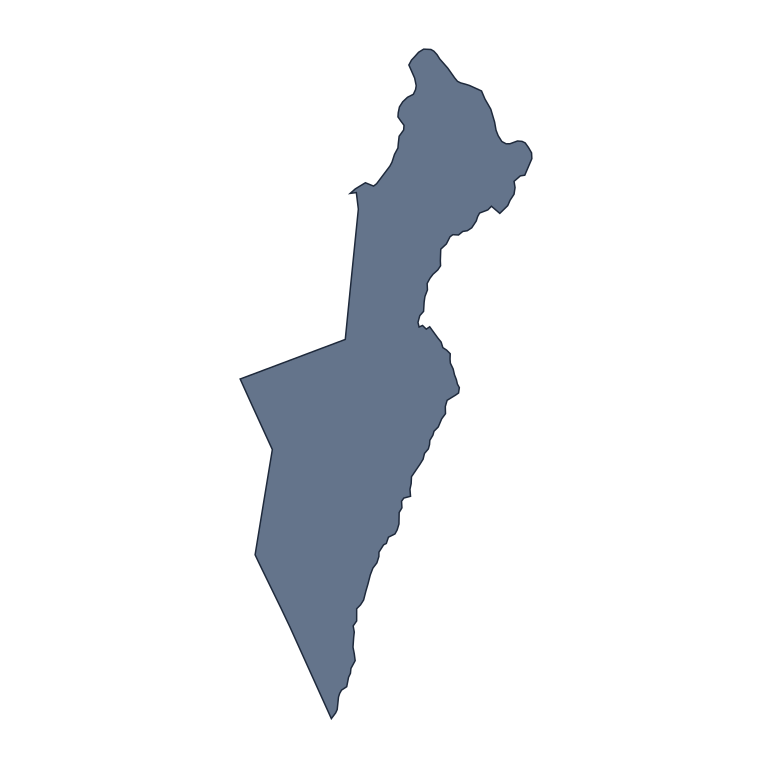 Iati, Pernambuco, Brazil, rotated 181°
{"feature_id": "56859067B84679855202351", "entity_name": "Iati", "entity_type": "district", "adm_level": 2, "iso_a3": "BRA", "parent_name": "Brazil", "parent_adm1": "Pernambuco", "projection": "equal_earth", "projection_center": [-36.941, -9.136], "detail": "fine", "context": "isolated", "style": "filled", "palette": "slate", "viewbox_px": 768, "rotation_deg": 181, "n_neighbors": 0, "source": "geoboundaries", "source_scale": "gbopen_adm2", "svg_char_len": 2285}
<svg xmlns="http://www.w3.org/2000/svg" viewBox="0 0 768 768"><g transform="rotate(181 384 384)"><path d="M240.5,617.7L243.7,623.0L247.0,627.5L250.2,629.0L254.8,629.3L262.3,626.4L266.1,626.3L270.4,628.5L274.2,634.3L276.4,639.7L278.0,647.9L282.0,660.6L288.1,670.8L291.6,678.7L303.8,684.0L307.5,685.1L312.6,686.4L315.8,687.9L318.7,691.3L325.8,701.0L333.9,709.9L336.7,714.2L339.9,717.6L342.9,719.3L350.2,719.5L355.2,716.3L358.6,712.3L362.2,708.3L364.7,703.4L358.7,690.4L357.0,682.8L357.6,678.9L359.7,674.2L365.5,671.1L370.2,666.5L373.4,661.3L374.5,655.5L374.7,651.3L371.6,647.0L368.5,643.0L368.8,638.3L373.2,632.0L373.9,624.7L374.2,620.2L377.5,613.8L379.9,605.9L381.9,602.0L394.9,584.1L397.9,581.7L406.1,584.9L411.2,581.7L416.2,578.5L421.1,574.0L415.0,574.9L412.7,558.4L419.2,480.6L423.5,427.9L460.8,413.1L487.2,402.6L527.9,386.5L515.5,360.3L511.8,352.6L494.5,316.5L502.8,259.9L509.9,211.0L506.3,203.7L502.4,196.0L483.4,158.7L473.9,139.6L430.8,48.5L426.6,54.3L425.1,57.7L424.0,70.3L422.9,73.9L421.1,77.2L416.0,80.7L414.3,90.2L412.5,94.1L412.1,99.0L408.0,106.9L409.0,113.7L410.4,120.3L409.9,129.9L409.4,135.4L410.6,141.6L407.2,146.6L407.4,158.8L403.6,162.8L400.6,167.7L398.5,176.6L396.5,183.9L394.4,192.8L391.9,199.7L388.0,205.0L386.1,211.4L386.1,215.8L381.6,223.2L378.9,224.6L376.9,230.9L370.4,234.3L368.3,238.3L366.6,244.3L366.6,255.8L363.9,260.5L364.4,267.1L362.2,270.3L355.5,272.2L356.2,279.2L355.1,284.8L354.9,291.8L346.7,304.3L343.6,309.5L342.3,315.3L338.5,319.9L337.4,324.3L337.2,328.5L334.2,333.7L333.2,337.6L329.0,342.0L325.7,350.2L322.0,355.4L322.3,362.6L320.6,368.8L316.1,371.7L312.3,374.1L309.3,376.3L308.6,381.7L310.6,385.2L311.7,389.6L313.7,394.5L315.1,400.2L318.0,406.0L318.4,410.0L318.3,415.4L322.0,419.0L325.8,421.4L327.6,426.9L331.1,431.1L339.3,442.0L342.7,439.6L346.5,443.2L349.9,441.6L351.1,446.2L349.4,453.0L345.7,457.3L345.3,466.6L344.6,472.2L342.2,478.8L342.6,485.3L339.9,490.5L337.0,494.5L332.2,499.0L329.5,503.2L329.8,508.3L329.6,519.8L324.1,525.1L320.6,532.3L317.8,534.5L312.1,534.3L307.9,537.9L303.4,538.7L299.0,541.7L294.6,548.6L293.3,553.0L291.4,556.6L283.2,559.9L279.7,563.6L271.2,556.6L263.4,564.5L261.1,570.0L257.3,576.0L256.4,582.7L257.5,588.9L251.3,594.5L246.9,595.2L240.1,611.9L240.5,617.7Z" fill="#64748b" stroke="#1e293b" stroke-width="1.5"/></g></svg>